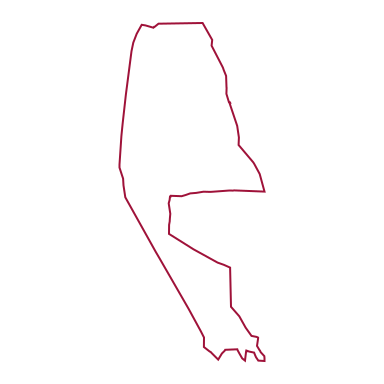 Babadayhan, Ahal, Turkmenistan
{"feature_id": "10190150B42989304972975", "entity_name": "Babadayhan", "entity_type": "district", "adm_level": 2, "iso_a3": "TKM", "parent_name": "Turkmenistan", "parent_adm1": "Ahal", "projection": "albers", "projection_center": [60.205, 38.26], "detail": "fine", "context": "isolated", "style": "outline", "palette": "rose", "viewbox_px": 384, "rotation_deg": 0, "n_neighbors": 0, "source": "geoboundaries", "source_scale": "gbopen_adm2", "svg_char_len": 1355}
<svg xmlns="http://www.w3.org/2000/svg" viewBox="0 0 384 384"><path d="M229.7,102.1L228.9,102.1L226.4,93.8L226.6,87.7L226.5,87.4L226.1,75.9L223.6,69.7L223.1,68.1L222.5,66.8L211.6,45.7L212.2,39.9L202.6,23.0L158.5,23.7L154.4,27.0L154.0,26.9L153.4,27.7L145.4,25.4L141.7,24.8L136.7,33.8L133.3,42.6L131.5,51.2L125.9,94.4L122.6,124.0L121.4,136.0L119.5,164.5L119.5,167.6L122.0,175.3L123.1,178.6L123.5,185.4L125.3,197.3L155.7,251.8L159.4,258.1L188.7,309.0L200.9,331.4L204.0,337.5L203.9,347.0L209.8,351.6L210.6,351.9L211.5,352.9L218.2,359.6L221.9,353.5L224.8,350.6L225.2,349.8L237.3,349.3L237.5,350.0L239.4,353.5L242.2,358.4L245.0,360.6L246.1,351.4L246.5,351.4L246.5,350.6L249.3,351.6L254.1,352.6L255.2,355.4L255.3,355.6L256.0,357.2L258.3,360.6L264.5,361.0L264.5,358.0L264.3,356.1L260.7,352.2L259.9,350.5L259.5,350.1L257.0,345.9L258.1,338.4L258.1,337.6L256.6,336.9L251.5,335.9L245.6,327.6L239.3,316.3L231.0,306.8L230.1,267.6L223.8,264.8L217.6,262.6L193.5,249.3L169.0,233.9L169.1,224.8L169.7,221.5L169.9,218.2L170.3,213.8L168.7,203.3L169.6,200.0L170.0,196.6L170.6,196.6L170.8,195.8L181.6,196.2L185.7,195.0L190.2,193.4L196.2,192.9L203.5,191.7L210.4,191.9L229.6,190.5L232.9,190.6L234.1,190.4L264.5,191.6L259.7,174.0L254.3,164.0L253.3,162.4L238.6,145.0L238.9,137.5L237.2,125.9L229.4,102.6L230.0,102.6L229.7,102.1Z" fill="none" stroke="#9f1239" stroke-width="2"/></svg>